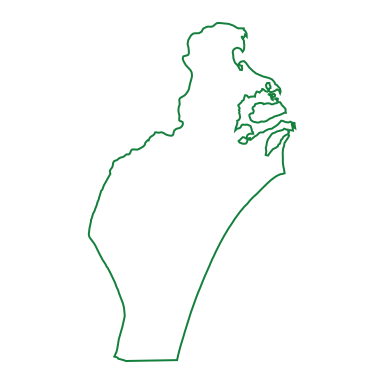 Rio Grande, Rio Grande do Sul, Brazil (orthographic projection)
{"feature_id": "56859067B90726041469305", "entity_name": "Rio Grande", "entity_type": "district", "adm_level": 2, "iso_a3": "BRA", "parent_name": "Brazil", "parent_adm1": "Rio Grande do Sul", "projection": "orthographic", "projection_center": [-52.29, -32.209], "detail": "fine", "context": "isolated", "style": "outline", "palette": "green", "viewbox_px": 384, "rotation_deg": 0, "n_neighbors": 0, "source": "geoboundaries", "source_scale": "gbopen_adm2", "svg_char_len": 5962}
<svg xmlns="http://www.w3.org/2000/svg" viewBox="0 0 384 384"><path d="M112.2,167.3L110.6,169.5L109.8,171.0L110.1,172.6L110.4,173.8L103.8,185.5L102.3,189.7L101.2,190.8L99.1,197.7L98.7,199.5L97.4,202.4L96.8,204.9L95.2,208.9L94.5,211.1L93.0,213.8L92.0,217.5L91.0,220.0L91.0,221.3L89.5,228.3L88.8,234.4L89.1,236.0L89.8,237.7L93.8,243.0L95.5,245.8L98.8,252.6L102.7,260.0L105.5,264.2L106.5,266.4L107.9,268.2L110.5,273.2L115.2,283.1L116.4,286.7L118.2,290.3L118.8,292.7L122.8,303.1L123.9,307.3L124.2,309.7L124.7,315.3L124.6,316.9L122.4,326.7L118.8,339.3L117.3,348.6L116.5,351.8L114.3,356.6L116.6,357.2L117.5,357.6L118.3,358.7L123.9,360.2L125.9,361.0L177.1,360.1L178.1,355.3L180.6,345.8L184.0,334.7L184.6,332.5L190.8,312.7L196.1,297.8L198.8,290.9L199.9,288.4L202.8,281.0L203.5,279.4L205.1,275.6L207.4,270.4L208.4,268.1L209.5,265.7L210.4,263.4L211.8,260.2L212.9,257.8L213.6,256.6L215.8,251.7L219.5,244.4L220.7,242.1L223.8,236.4L228.3,228.8L232.8,222.1L234.5,219.3L236.6,216.5L240.1,211.7L243.0,208.3L244.4,206.6L247.3,203.8L250.1,200.3L252.8,197.5L257.3,193.4L262.8,187.8L267.2,183.5L270.7,180.3L273.3,178.3L276.0,176.4L278.6,175.0L280.6,174.2L281.9,174.1L284.6,173.3L283.9,168.6L283.6,167.5L283.1,164.8L282.8,162.0L282.9,160.0L282.7,152.1L283.2,148.3L284.0,146.1L284.5,143.0L288.5,137.0L289.1,135.3L288.2,134.2L285.7,135.1L283.4,136.8L282.1,139.2L281.2,139.7L279.9,143.7L278.4,144.6L277.9,146.3L275.4,148.0L273.0,149.1L270.1,152.5L268.0,155.6L265.7,154.9L265.9,153.3L266.3,151.3L265.8,147.9L266.4,145.8L266.7,143.8L267.1,141.7L267.9,139.6L268.7,138.3L270.2,136.3L271.3,134.6L272.1,133.8L273.2,133.1L274.6,132.7L277.2,131.4L278.2,131.1L279.8,130.8L280.8,130.5L282.0,130.2L283.2,129.6L284.2,128.7L286.2,129.5L287.7,129.9L288.5,131.2L289.6,130.1L291.4,130.3L293.0,130.6L292.6,127.5L291.8,124.4L291.8,122.6L290.6,121.7L288.5,122.4L287.0,122.3L285.8,122.1L283.7,121.3L282.7,120.9L281.2,120.7L280.1,122.1L277.9,124.5L275.7,126.2L273.4,127.5L272.4,128.4L271.3,128.8L269.7,128.9L268.7,129.2L266.9,129.9L264.9,131.0L263.1,132.4L260.5,132.4L259.0,133.1L258.2,134.0L256.8,135.3L255.0,136.3L250.5,139.9L249.5,139.6L249.8,138.1L248.7,138.3L247.9,139.3L247.5,140.3L246.8,142.5L245.7,143.6L244.5,143.8L242.1,143.6L241.0,143.0L239.5,142.5L238.6,141.0L239.7,140.2L242.7,137.2L244.2,137.4L246.6,138.8L246.8,137.0L247.2,135.4L248.6,134.2L250.4,133.6L253.2,133.8L253.1,132.5L252.0,131.2L251.5,128.7L250.5,126.0L247.3,124.6L244.8,124.8L242.7,124.6L241.7,125.1L240.5,127.4L239.3,128.2L237.0,128.7L235.3,130.4L235.8,127.7L236.6,125.8L237.4,122.8L237.2,120.7L238.7,120.1L239.8,118.4L240.1,117.1L239.6,114.1L239.1,113.0L239.5,111.2L238.9,110.0L239.7,108.5L238.7,106.4L238.3,105.2L241.5,102.2L241.9,101.1L243.7,100.0L244.7,96.1L245.2,95.2L247.2,95.7L248.0,96.9L248.9,97.6L250.2,96.7L251.7,96.7L253.2,96.4L255.0,96.7L255.2,94.5L255.7,93.5L256.6,91.7L257.7,91.7L259.6,92.6L260.5,91.4L261.7,90.6L262.2,89.0L263.2,89.2L265.5,91.2L267.4,91.7L268.8,90.3L269.5,91.5L270.4,92.2L273.0,91.7L275.1,90.8L277.1,89.4L278.2,90.1L279.4,90.5L279.5,91.8L280.1,93.2L280.6,91.6L280.0,88.6L276.7,84.9L275.3,84.3L274.6,82.4L273.4,80.9L272.0,79.4L268.7,77.9L262.8,76.4L256.0,73.4L252.5,70.6L249.1,67.3L245.9,62.8L243.9,61.1L240.8,61.7L239.5,62.9L238.8,64.0L239.2,65.1L241.9,65.8L241.8,67.0L242.2,68.3L241.8,70.1L240.0,69.8L238.7,67.2L237.5,65.3L235.1,62.8L234.4,61.3L233.4,58.2L233.2,55.1L232.7,52.2L233.2,50.4L233.8,49.5L235.7,48.2L236.7,47.9L238.0,47.9L240.6,48.9L242.6,51.8L243.8,49.9L244.2,47.4L244.3,44.9L244.0,43.2L243.9,40.6L242.2,38.1L241.5,36.1L243.4,38.0L244.5,36.6L245.0,34.7L245.7,35.4L246.7,36.5L246.6,34.0L246.3,32.8L244.9,30.6L243.7,29.8L243.8,28.4L238.3,28.3L237.1,27.9L233.4,25.6L228.7,23.9L219.8,23.0L217.3,23.0L215.8,23.9L213.3,26.0L212.3,26.5L210.6,26.8L208.5,26.6L206.7,26.9L203.6,28.4L202.7,29.4L201.6,31.7L198.9,33.2L194.6,33.3L193.0,33.7L191.0,35.4L188.3,40.0L187.6,44.0L188.5,47.7L188.8,51.0L188.9,53.3L188.2,54.8L187.3,55.3L183.5,56.3L182.9,57.3L182.8,59.4L184.2,62.4L185.8,65.1L190.4,70.1L191.6,72.3L192.0,75.2L191.8,77.3L190.0,83.8L189.0,88.7L188.2,90.8L186.1,93.8L184.6,95.4L180.5,97.8L179.7,98.7L179.3,99.8L179.7,104.3L178.7,107.4L178.4,110.5L178.9,113.6L179.5,115.8L179.4,117.0L179.2,118.4L179.2,120.2L180.2,121.2L181.4,121.4L182.5,122.0L182.9,123.3L182.7,124.8L182.1,126.0L180.8,127.3L179.9,127.9L178.9,128.2L177.4,128.5L176.1,129.0L174.3,130.5L173.8,132.0L173.3,134.0L172.9,135.0L171.9,135.7L170.4,135.7L167.9,135.2L166.3,134.6L165.0,134.0L163.9,133.1L162.8,132.7L161.7,132.3L160.5,132.4L159.2,132.7L158.2,132.7L156.3,132.3L155.0,132.5L154.6,133.7L153.5,135.0L150.5,137.0L149.7,138.0L149.1,139.2L148.6,140.5L147.6,140.2L145.4,142.7L145.1,143.8L144.5,145.2L143.4,146.4L142.5,147.0L138.8,149.1L137.4,149.6L132.3,149.4L131.1,150.5L130.4,152.4L129.6,153.9L128.3,154.5L127.2,154.3L126.1,154.6L123.8,156.6L122.6,157.1L120.5,157.6L119.2,158.2L118.0,159.3L116.5,160.3L114.8,160.8L113.9,161.4L113.2,162.8L112.8,165.4L112.2,167.3ZM268.8,90.3L266.4,87.4L266.0,85.0L267.2,83.0L269.4,83.0L269.7,85.0L270.4,86.0L270.5,88.0L269.5,88.3L268.8,90.3ZM277.6,102.3L276.7,103.2L274.7,103.4L273.3,104.2L271.4,104.3L269.7,103.5L268.3,103.3L266.7,103.4L263.5,104.2L262.7,103.2L259.4,102.9L257.4,103.6L256.2,103.8L255.1,104.3L254.7,105.9L253.2,106.9L252.6,107.8L252.6,109.0L253.7,110.5L253.5,112.2L253.1,113.1L250.7,113.6L249.4,114.7L249.4,116.0L250.8,120.0L252.5,121.2L253.4,121.7L257.5,122.6L259.0,122.4L261.2,121.5L263.9,121.7L266.4,121.0L269.9,118.6L272.7,117.6L273.8,116.7L279.9,114.9L284.6,112.7L285.8,112.8L285.5,110.8L285.6,109.2L284.4,107.6L281.5,104.7L281.2,103.6L280.0,102.2L277.6,102.3ZM273.9,93.9L270.9,94.3L268.0,94.1L270.3,95.5L271.9,95.6L273.1,96.9L274.8,96.6L275.0,94.7L273.9,93.9ZM291.8,122.6L293.1,124.3L294.1,127.5L295.2,128.2L294.6,124.9L294.5,123.0L291.8,122.6ZM277.6,102.3L277.8,98.7L276.9,98.3L275.2,99.0L276.8,99.8L277.6,102.3ZM272.4,97.8L271.2,97.6L271.7,99.3L272.6,99.8L272.4,97.8ZM288.2,134.2L289.0,132.2L288.5,131.2L288.2,134.2Z" fill="none" stroke="#15803d" stroke-width="2"/></svg>